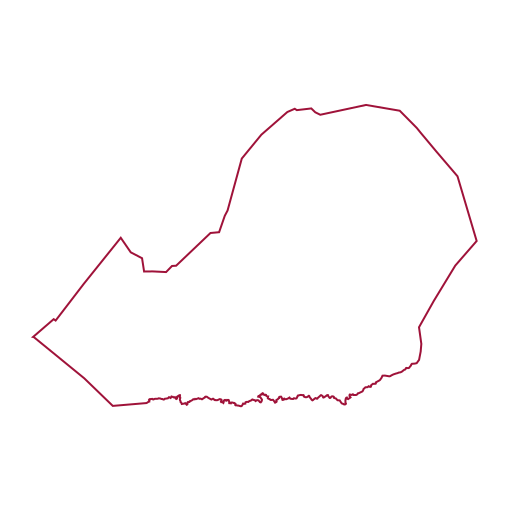 Cochoapa el Grande, Guerrero, Mexico (Albers equal-area conic projection), rotated 272°
{"feature_id": "50627088B69738836017174", "entity_name": "Cochoapa el Grande", "entity_type": "district", "adm_level": 2, "iso_a3": "MEX", "parent_name": "Mexico", "parent_adm1": "Guerrero", "projection": "albers", "projection_center": [-98.516, 17.123], "detail": "fine", "context": "isolated", "style": "outline", "palette": "rose", "viewbox_px": 512, "rotation_deg": 272, "n_neighbors": 0, "source": "geoboundaries", "source_scale": "gbopen_adm2", "svg_char_len": 5980}
<svg xmlns="http://www.w3.org/2000/svg" viewBox="0 0 512 512"><g transform="rotate(272 256 256)"><path d="M406.2,394.6L410.8,360.7L399.4,315.3L401.7,310.2L405.4,306.1L403.2,291.7L404.5,289.6L401.0,282.3L377.4,257.1L352.9,238.4L300.5,226.0L295.1,223.4L278.5,218.3L277.4,209.7L243.5,176.5L243.1,172.4L236.8,166.7L237.0,153.5L236.6,144.7L249.8,142.2L255.3,130.7L269.5,120.2L222.1,84.8L184.5,58.0L185.8,56.0L167.3,36.0L167.1,36.9L127.8,88.6L101.2,118.1L105.2,151.6L105.7,152.5L106.4,153.4L106.8,154.4L107.4,154.1L108.1,154.6L108.7,154.2L109.2,154.6L109.6,157.4L109.0,158.2L109.2,158.9L109.5,159.2L109.8,160.3L109.8,161.9L110.0,163.0L110.4,163.8L110.2,165.5L109.8,166.5L109.8,167.5L109.3,168.4L109.5,169.3L110.1,169.7L110.7,172.9L111.9,174.0L111.1,175.6L112.6,176.4L112.3,177.1L112.4,177.8L111.8,178.6L111.8,179.3L112.1,179.8L110.8,180.7L110.3,181.3L110.7,182.0L111.6,182.3L112.3,181.7L113.0,182.5L114.2,184.3L114.3,184.8L113.4,185.0L112.6,184.6L112.2,184.7L111.6,185.3L109.9,184.9L108.9,185.2L108.2,185.7L107.2,185.8L106.6,186.6L105.5,187.0L106.1,189.8L106.5,190.3L104.9,192.0L105.4,192.6L106.3,192.7L106.8,192.4L107.6,192.9L107.8,194.6L108.5,194.8L109.1,196.3L110.0,197.7L110.7,198.3L110.6,199.6L111.1,200.1L110.8,200.9L111.9,203.6L111.3,204.4L111.5,205.6L110.9,207.0L111.1,207.4L111.6,207.9L111.9,208.4L112.0,208.6L112.2,208.8L112.5,209.2L112.7,209.7L112.9,209.9L113.4,210.0L113.6,210.3L113.7,210.6L113.7,211.1L113.6,211.8L112.9,212.8L112.2,214.0L111.0,216.4L111.0,216.6L111.3,217.0L111.5,217.2L111.9,218.0L111.8,218.4L111.6,218.6L110.7,219.5L110.7,220.1L110.5,220.3L110.6,220.9L110.5,221.4L110.5,222.1L110.6,222.3L110.7,222.7L111.5,224.3L111.7,224.7L111.7,225.0L111.4,225.9L111.3,226.4L111.2,226.5L110.6,226.7L109.5,226.1L109.3,226.0L109.1,226.0L108.7,226.4L108.9,227.3L108.0,228.5L109.2,228.9L110.0,228.9L110.4,229.0L110.7,229.2L111.0,229.6L111.1,230.0L111.1,230.3L110.5,231.0L110.3,231.2L110.3,231.4L110.4,231.7L110.5,231.7L111.0,231.7L111.2,232.0L111.1,232.6L111.2,233.5L111.0,233.8L109.2,234.3L108.0,234.4L107.9,236.1L108.7,236.3L108.7,237.9L108.3,238.7L108.4,239.4L107.6,240.6L106.9,240.4L106.3,240.5L106.0,241.1L106.2,241.7L105.9,242.6L105.9,243.7L105.5,245.1L105.5,245.5L105.3,246.2L105.5,246.7L105.7,247.0L105.9,247.2L106.3,247.4L106.8,247.7L107.6,248.0L108.1,248.3L107.8,249.0L108.1,250.5L108.3,250.5L109.0,250.5L109.4,250.6L109.5,250.7L109.6,250.9L109.9,251.9L109.9,252.3L109.9,252.9L109.9,253.5L110.4,253.9L110.5,254.0L111.2,255.5L111.4,256.0L111.7,256.6L112.1,256.8L112.4,257.2L112.5,257.6L112.0,258.7L111.9,259.9L111.0,260.6L112.0,262.1L111.8,263.5L110.5,264.7L110.1,265.0L109.9,265.8L110.3,266.1L110.4,266.3L110.8,266.6L111.6,266.7L112.0,266.9L112.3,267.0L112.6,267.0L112.8,266.9L115.1,265.2L115.5,263.1L116.1,263.3L116.3,263.7L116.5,264.6L117.3,265.1L117.5,265.3L117.7,265.5L117.8,265.9L117.6,266.5L118.0,267.0L118.6,266.8L119.1,267.3L118.8,268.1L117.7,268.6L117.3,269.8L117.7,270.5L117.5,270.9L116.7,271.1L116.0,272.3L116.0,273.0L114.4,272.7L113.8,273.3L113.5,274.7L113.0,275.0L112.6,275.9L112.9,278.0L112.3,278.6L110.1,280.2L110.8,281.4L111.0,281.6L111.4,281.7L112.1,281.3L112.6,281.3L112.8,281.4L113.2,282.0L113.5,282.7L113.7,282.9L114.0,283.0L114.4,283.3L114.8,284.1L115.0,284.1L115.4,284.0L115.7,284.0L116.2,284.8L116.3,286.0L115.4,286.6L113.1,287.5L113.3,288.6L114.3,288.7L114.5,289.3L114.0,289.9L113.9,291.1L114.6,292.8L115.7,294.4L114.6,295.2L114.4,296.8L114.4,298.1L115.2,298.9L114.9,300.1L115.1,301.4L116.1,302.0L116.5,302.0L117.2,302.5L117.9,302.6L118.0,302.7L118.1,302.9L118.1,303.3L118.3,303.8L118.7,305.4L118.7,306.2L118.5,307.1L118.5,307.4L118.7,307.8L118.7,308.1L118.5,308.5L118.0,308.7L117.5,308.7L117.2,308.8L117.1,309.0L116.6,310.2L116.6,311.1L116.8,311.9L117.2,312.6L118.1,313.5L118.1,313.9L117.9,314.1L117.1,314.4L115.7,315.5L115.2,316.0L114.4,316.5L113.8,317.2L113.7,317.4L113.8,317.6L114.1,318.1L114.8,318.7L114.9,318.9L115.1,319.3L115.7,319.8L116.1,320.4L116.1,320.6L116.0,320.9L115.9,321.1L115.7,321.3L115.5,321.8L115.5,322.1L115.6,322.3L115.8,322.4L116.4,322.8L117.9,324.4L118.7,325.2L119.1,325.5L119.2,326.0L118.7,326.9L118.4,327.4L118.0,327.7L117.1,328.0L116.9,328.2L116.9,328.4L116.9,328.5L117.1,328.9L117.4,329.4L118.1,330.2L118.4,330.8L118.8,331.1L119.2,331.6L119.4,331.9L119.5,332.5L119.5,332.8L119.4,332.9L118.9,332.9L118.7,332.9L116.7,334.6L116.7,335.0L116.9,335.4L117.9,336.1L118.2,336.4L118.4,336.9L118.4,337.6L118.3,338.1L118.2,338.4L117.8,338.8L117.6,338.8L117.1,338.8L116.9,338.9L116.4,340.8L114.7,342.5L114.6,344.7L112.3,346.3L111.5,347.2L111.2,348.5L110.8,349.0L110.7,350.0L110.8,350.3L111.3,350.9L111.4,351.0L111.8,351.0L112.0,350.7L112.4,350.5L113.5,350.5L114.5,350.4L115.3,350.5L116.2,350.6L116.9,350.8L117.4,351.1L117.6,351.3L117.7,351.6L117.7,351.8L117.3,351.8L116.6,351.8L116.2,353.1L116.8,353.8L117.8,355.2L118.0,355.4L119.4,354.3L119.6,354.3L120.6,354.4L120.8,354.5L120.8,355.1L120.5,356.2L120.5,356.5L120.6,356.9L121.0,357.2L121.2,357.6L121.1,357.9L120.8,358.2L120.5,358.4L120.6,360.9L121.3,362.1L122.3,362.6L122.6,363.7L124.4,367.1L125.4,367.7L127.0,368.2L127.5,368.9L128.5,369.8L128.6,370.0L128.8,372.0L129.2,372.6L129.7,373.0L129.8,373.1L129.7,373.4L129.2,374.4L129.2,374.9L129.3,375.2L129.4,375.4L129.9,375.5L130.6,375.5L130.9,375.6L131.4,376.2L132.1,377.0L132.4,377.4L132.3,378.1L132.4,378.4L132.5,379.9L132.7,380.2L133.9,380.2L135.8,383.4L136.3,384.1L136.8,384.5L138.2,385.4L138.6,385.7L140.6,386.5L140.8,386.6L141.0,388.9L140.4,393.4L140.5,393.8L140.7,394.6L141.2,395.1L142.4,397.3L143.4,399.9L143.8,401.3L144.2,402.2L144.5,402.8L144.7,404.1L145.1,405.1L145.5,405.8L146.9,407.4L147.5,408.2L147.8,409.1L148.4,409.5L149.1,409.8L149.3,409.9L149.4,410.1L149.4,410.5L149.3,410.8L149.3,412.4L149.4,412.6L149.6,412.9L149.9,413.2L150.7,413.6L151.7,414.5L152.2,414.8L152.9,414.9L153.7,415.6L154.0,418.4L154.5,420.3L157.9,422.6L166.2,423.9L173.9,424.3L190.5,421.4L217.4,435.3L253.4,455.5L278.7,476.0L342.7,454.6L366.7,432.6L385.1,416.1L389.6,412.2L406.2,394.6Z" fill="none" stroke="#9f1239" stroke-width="2"/></g></svg>